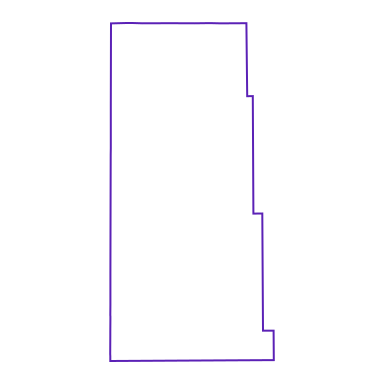 Sioux, Nebraska, United States of America (Albers equal-area conic projection)
{"feature_id": "52423323B6299370365207", "entity_name": "Sioux", "entity_type": "district", "adm_level": 2, "iso_a3": "USA", "parent_name": "United States of America", "parent_adm1": "Nebraska", "projection": "albers", "projection_center": [-103.851, 42.502], "detail": "fine", "context": "isolated", "style": "outline", "palette": "violet", "viewbox_px": 384, "rotation_deg": 0, "n_neighbors": 0, "source": "geoboundaries", "source_scale": "gbopen_adm2", "svg_char_len": 604}
<svg xmlns="http://www.w3.org/2000/svg" viewBox="0 0 384 384"><path d="M110.7,154.8L110.7,155.1L110.6,192.6L110.4,274.3L110.4,277.1L110.4,304.0L110.4,305.2L110.3,315.2L110.4,316.3L110.4,319.3L110.3,331.4L110.3,336.2L110.2,354.2L110.3,356.0L110.3,361.0L273.8,360.1L273.6,330.7L263.0,330.7L262.3,213.5L253.4,213.6L252.8,96.1L247.2,96.2L246.4,23.2L246.2,23.2L228.8,23.3L228.6,23.3L218.4,23.3L209.9,23.1L194.5,23.3L170.1,23.2L169.7,23.2L142.6,23.3L132.4,23.0L126.3,23.0L111.0,23.4L110.8,106.5L110.8,108.1L110.8,141.8L110.8,147.3L110.8,148.3L110.7,154.8Z" fill="none" stroke="#5b21b6" stroke-width="2"/></svg>